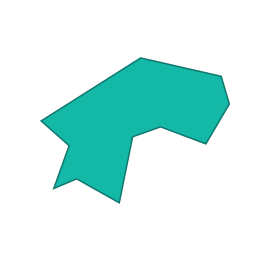 outline of Norton, Virginia, United States of America, rotated 25°
{"feature_id": "52423323B88769302498255", "entity_name": "Norton", "entity_type": "district", "adm_level": 2, "iso_a3": "USA", "parent_name": "United States of America", "parent_adm1": "Virginia", "projection": "equal_earth", "projection_center": [-82.626, 36.929], "detail": "fine", "context": "isolated", "style": "filled", "palette": "teal", "viewbox_px": 256, "rotation_deg": 25, "n_neighbors": 0, "source": "geoboundaries", "source_scale": "gbopen_adm2", "svg_char_len": 307}
<svg xmlns="http://www.w3.org/2000/svg" viewBox="0 0 256 256"><g transform="rotate(25 128 128)"><path d="M46.3,158.3L82.1,168.9L86.3,214.2L102.9,195.8L151.7,199.5L135.9,134.0L157.0,113.2L205.3,109.5L209.7,63.4L190.6,41.8L109.8,59.2L46.3,158.3Z" fill="#14b8a6" stroke="#0f766e" stroke-width="1.5"/></g></svg>